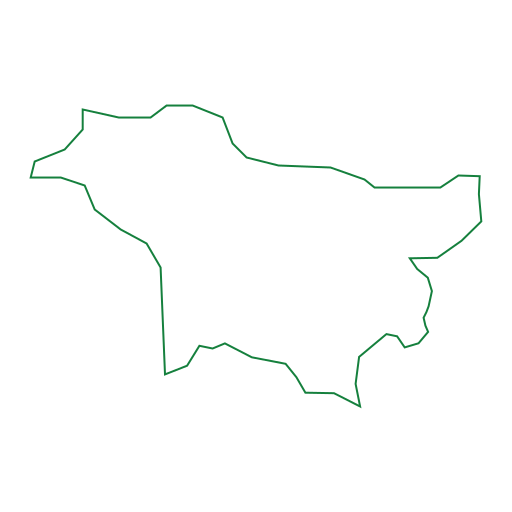 SVG path tracing the border of Alebtong
{"feature_id": "UGA-5606", "entity_name": "Alebtong", "entity_type": "District", "adm_level": 1, "iso_a3": "UGA", "parent_name": "Uganda", "parent_adm1": "", "projection": "mercator", "projection_center": [33.268, 2.239], "detail": "fine", "context": "isolated", "style": "outline", "palette": "green", "viewbox_px": 512, "rotation_deg": 0, "n_neighbors": 0, "source": "natural_earth", "source_scale": "10m", "svg_char_len": 791}
<svg xmlns="http://www.w3.org/2000/svg" viewBox="0 0 512 512"><path d="M360.1,406.5L334.0,393.2L305.4,392.7L296.4,377.2L285.6,363.8L251.8,357.3L224.9,343.4L212.6,348.5L199.4,345.8L187.1,365.7L165.0,374.4L160.6,267.5L146.6,243.5L120.7,229.5L94.7,209.5L84.7,185.5L60.7,177.5L30.7,177.5L34.7,161.5L64.7,149.5L82.7,129.5L82.7,109.5L118.7,117.5L150.6,117.5L166.6,105.5L192.6,105.5L222.6,117.5L232.6,143.5L246.6,157.5L278.5,165.5L330.5,167.5L364.5,179.5L374.5,187.5L440.4,187.5L458.4,175.5L479.7,176.2L478.9,194.1L481.3,221.4L461.5,240.8L437.3,257.8L409.8,258.3L417.2,269.0L427.8,277.7L431.9,291.1L428.6,306.3L426.4,312.1L423.6,317.7L425.4,325.6L428.1,331.9L418.5,343.3L404.7,347.4L397.1,336.3L386.4,334.1L359.1,356.9L355.6,383.9L360.1,406.5Z" fill="none" stroke="#15803d" stroke-width="2"/></svg>